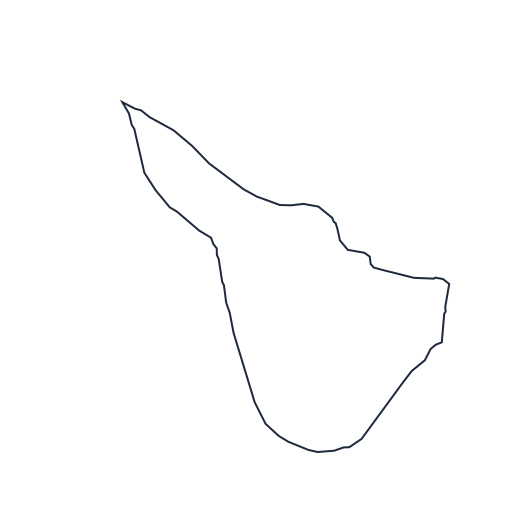 outline of Santa Apolonia, Chimaltenango, Guatemala, rotated 314°
{"feature_id": "79465075B14911635135013", "entity_name": "Santa Apolonia", "entity_type": "district", "adm_level": 2, "iso_a3": "GTM", "parent_name": "Guatemala", "parent_adm1": "Chimaltenango", "projection": "mercator", "projection_center": [-90.952, 14.838], "detail": "fine", "context": "isolated", "style": "outline", "palette": "slate", "viewbox_px": 512, "rotation_deg": 314, "n_neighbors": 0, "source": "geoboundaries", "source_scale": "gbopen_adm2", "svg_char_len": 975}
<svg xmlns="http://www.w3.org/2000/svg" viewBox="0 0 512 512"><g transform="rotate(314 256 256)"><path d="M370.1,414.4L369.3,406.5L365.0,400.0L363.4,399.8L350.0,384.8L334.0,357.0L329.5,348.7L329.9,344.0L332.9,340.4L334.6,338.2L333.6,331.7L324.2,317.8L325.5,305.6L332.0,295.8L334.9,290.6L334.7,287.9L336.4,284.4L334.9,266.6L326.5,254.0L316.6,245.8L309.3,237.8L299.3,215.3L295.4,200.9L290.0,158.0L290.8,133.5L289.1,109.1L282.0,83.2L280.9,72.1L277.9,66.6L273.8,53.0L270.2,65.7L263.9,75.7L262.9,80.1L238.3,117.9L233.6,138.0L231.1,160.1L233.0,168.2L234.8,197.4L237.9,211.1L234.9,217.1L234.2,222.5L229.6,227.1L227.9,231.3L213.8,249.8L212.8,253.1L201.7,267.0L196.8,276.7L185.1,293.3L149.9,356.6L141.9,379.6L142.4,397.5L144.9,408.5L152.9,428.4L157.8,436.5L170.4,447.6L179.2,452.0L183.2,455.9L197.7,459.0L268.1,449.4L281.7,447.9L298.3,449.9L310.5,446.2L317.0,446.9L323.0,449.6L345.2,431.5L347.8,431.0L350.7,427.6L370.1,414.4Z" fill="none" stroke="#1e293b" stroke-width="2"/></g></svg>